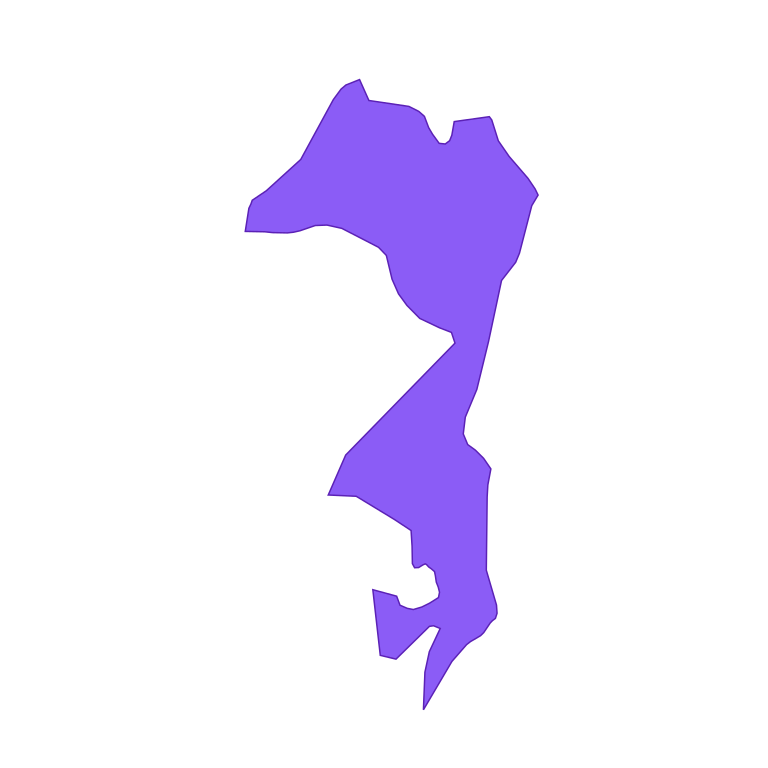 map outline of Appenzell Ausserrhoden (Equal Earth projection), rotated 112°
{"feature_id": "CHE-166", "entity_name": "Appenzell Ausserrhoden", "entity_type": "Canton", "adm_level": 1, "iso_a3": "CHE", "parent_name": "Switzerland", "parent_adm1": "", "projection": "equal_earth", "projection_center": [9.395, 47.359], "detail": "fine", "context": "isolated", "style": "filled", "palette": "violet", "viewbox_px": 768, "rotation_deg": 112, "n_neighbors": 0, "source": "natural_earth", "source_scale": "10m", "svg_char_len": 1441}
<svg xmlns="http://www.w3.org/2000/svg" viewBox="0 0 768 768"><g transform="rotate(112 384 384)"><path d="M505.7,323.7L498.5,367.7L507.8,394.1L464.2,392.9L319.5,333.5L310.9,340.8L311.1,353.6L309.8,375.4L302.6,392.1L295.0,404.3L283.8,415.8L263.9,430.0L259.3,440.3L255.5,481.4L258.0,496.4L262.8,507.1L273.4,519.3L277.2,524.8L280.1,530.2L285.4,544.1L287.5,551.5L294.5,569.8L271.7,575.1L266.8,574.8L263.0,575.0L248.9,565.5L207.0,545.3L139.2,537.5L126.7,534.3L121.0,531.3L110.9,520.7L126.8,504.2L117.3,464.9L118.2,453.9L120.7,446.8L129.6,438.6L134.2,432.6L140.2,423.0L138.5,417.1L133.8,414.3L127.9,414.3L114.4,417.2L96.7,386.5L98.8,383.0L115.7,369.1L126.1,353.3L139.4,327.5L146.5,317.0L151.1,311.9L163.3,313.8L212.0,307.4L221.8,307.5L244.0,313.8L305.4,303.0L354.3,295.9L384.3,296.2L400.6,291.8L408.8,283.7L411.1,274.5L415.6,263.8L422.7,253.1L438.7,249.9L450.2,246.0L518.3,219.4L546.8,196.9L554.2,193.3L559.6,192.9L562.8,194.8L565.8,196.0L577.1,198.4L581.2,200.2L590.4,207.3L594.7,209.8L615.8,217.1L671.3,225.4L635.9,238.1L615.2,241.7L589.6,240.3L589.6,247.5L591.7,251.1L634.6,269.8L637.0,285.8L578.9,317.3L576.0,292.8L583.1,286.3L583.3,278.4L582.1,272.3L576.6,265.4L570.2,259.7L561.6,253.5L556.3,254.5L551.9,257.7L548.1,261.3L542.6,264.5L539.0,266.9L537.6,271.0L536.9,274.0L535.5,276.9L535.3,278.4L537.2,280.2L541.2,283.1L542.9,286.8L539.9,290.4L523.9,297.2L509.7,304.0L505.7,323.7Z" fill="#8b5cf6" stroke="#5b21b6" stroke-width="1.5"/></g></svg>